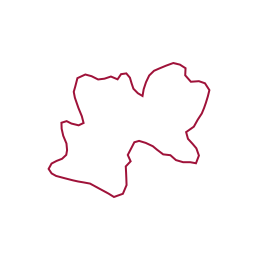 São José da Lapa, Minas Gerais, Brazil, rotated 140°
{"feature_id": "56859067B3782991580479", "entity_name": "São José da Lapa", "entity_type": "district", "adm_level": 2, "iso_a3": "BRA", "parent_name": "Brazil", "parent_adm1": "Minas Gerais", "projection": "mercator", "projection_center": [-43.99, -19.696], "detail": "fine", "context": "isolated", "style": "outline", "palette": "rose", "viewbox_px": 256, "rotation_deg": 140, "n_neighbors": 0, "source": "geoboundaries", "source_scale": "gbopen_adm2", "svg_char_len": 1175}
<svg xmlns="http://www.w3.org/2000/svg" viewBox="0 0 256 256"><g transform="rotate(140 128 128)"><path d="M98.6,57.3L91.4,61.3L88.7,68.5L88.7,74.0L89.0,81.2L86.1,87.5L76.7,86.7L69.1,89.6L62.1,91.7L56.9,94.4L52.2,97.2L46.5,100.9L41.3,104.7L40.3,112.8L43.6,118.3L50.1,123.0L50.3,131.6L45.5,136.8L47.5,143.2L51.6,148.7L58.8,151.3L65.8,153.5L71.3,155.1L78.0,154.6L84.8,151.5L91.1,147.6L96.3,143.2L98.1,148.3L98.6,154.6L96.6,159.8L94.2,165.3L94.2,170.9L98.7,173.7L104.7,172.0L108.0,178.4L114.3,180.9L119.7,184.4L122.6,191.1L126.3,196.4L134.7,198.7L141.7,193.7L146.3,190.6L149.2,185.4L151.0,180.7L153.1,175.2L155.8,166.7L158.8,160.4L164.1,161.8L168.5,167.8L170.6,172.7L175.6,174.8L179.3,170.1L182.6,163.7L185.1,155.7L188.9,150.2L192.6,147.1L198.3,146.8L203.9,148.7L209.4,149.9L215.1,147.7L215.7,142.3L213.9,137.5L208.7,130.1L203.9,123.4L200.6,119.1L197.1,115.0L192.8,109.8L189.3,100.9L185.1,90.3L183.1,84.2L174.2,80.9L165.8,85.2L161.8,90.3L158.1,95.1L154.4,100.0L147.4,100.8L145.5,107.5L139.5,110.0L132.3,113.0L127.8,111.0L124.0,105.2L120.7,98.1L119.7,92.6L118.0,85.2L113.0,79.9L111.9,72.6L107.7,66.3L102.3,61.8L98.6,57.3Z" fill="none" stroke="#9f1239" stroke-width="2"/></g></svg>